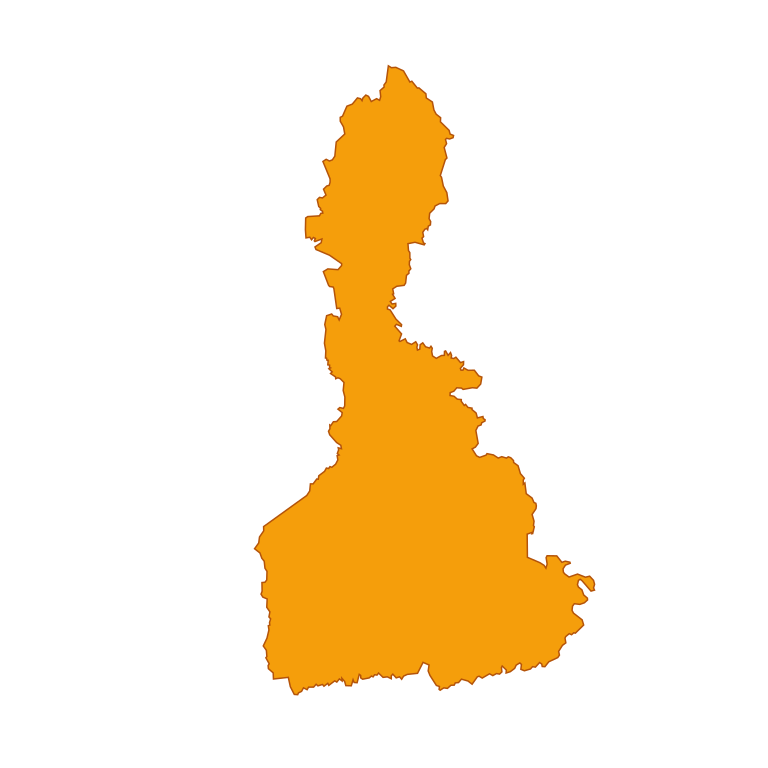 Huejuquilla el Alto, Jalisco, Mexico, rotated 169°
{"feature_id": "50627088B54034913428250", "entity_name": "Huejuquilla el Alto", "entity_type": "district", "adm_level": 2, "iso_a3": "MEX", "parent_name": "Mexico", "parent_adm1": "Jalisco", "projection": "equal_earth", "projection_center": [-103.916, 22.528], "detail": "fine", "context": "isolated", "style": "filled", "palette": "amber", "viewbox_px": 768, "rotation_deg": 169, "n_neighbors": 0, "source": "geoboundaries", "source_scale": "gbopen_adm2", "svg_char_len": 6080}
<svg xmlns="http://www.w3.org/2000/svg" viewBox="0 0 768 768"><g transform="rotate(169 384 384)"><path d="M367.4,663.8L373.6,654.8L376.1,654.1L376.8,650.3L374.7,644.1L374.8,636.9L384.7,630.7L388.8,617.0L391.9,613.9L395.0,613.3L397.9,615.6L401.5,614.1L397.8,595.7L398.4,592.4L399.9,589.5L402.4,589.3L406.2,586.8L404.9,580.5L408.9,578.4L411.7,579.5L414.4,577.7L414.2,570.7L412.7,568.5L413.3,567.3L411.4,565.3L411.5,563.4L413.4,563.6L415.3,561.4L426.9,562.9L429.2,561.9L431.7,550.5L432.7,542.3L428.8,542.2L427.6,539.4L425.3,541.3L423.6,539.9L425.1,537.8L424.6,537.0L417.3,538.2L418.7,534.7L425.6,531.7L425.1,529.0L412.9,520.8L402.6,510.2L403.0,508.4L407.3,505.0L417.2,507.7L422.1,505.9L419.6,491.6L418.8,490.1L415.4,488.9L415.0,487.2L416.0,467.1L413.0,466.9L412.4,460.5L415.8,455.4L416.7,458.9L420.8,460.5L422.0,462.7L427.3,462.0L430.8,453.7L430.6,448.6L434.7,435.4L434.8,427.7L436.5,420.7L435.5,420.4L435.4,418.1L434.3,417.9L435.5,413.5L433.8,412.9L434.3,410.6L433.5,410.0L435.2,409.5L432.6,405.8L434.5,404.5L430.2,400.2L430.4,398.4L428.0,398.9L425.9,397.5L423.0,393.1L425.3,385.4L424.9,378.6L426.8,369.9L428.5,367.8L431.9,369.3L434.0,368.1L430.5,363.9L431.7,360.7L437.6,356.2L440.9,356.6L444.2,353.3L445.0,354.1L445.6,350.4L447.5,348.2L447.0,344.5L441.7,335.6L438.1,332.1L438.1,328.6L441.1,330.1L441.1,328.0L443.1,324.7L441.7,322.9L443.7,322.6L443.8,318.3L446.8,314.5L451.1,312.2L452.8,313.2L454.5,311.6L456.6,312.5L459.0,309.6L465.5,306.4L466.7,303.1L468.1,303.6L472.6,299.5L475.3,300.0L477.3,293.2L481.1,289.3L529.4,267.0L530.1,262.8L535.4,257.6L537.3,251.9L542.5,247.0L538.0,241.8L537.2,236.3L535.4,232.9L536.0,225.9L534.6,222.4L536.5,214.0L538.7,212.1L541.7,212.4L543.2,203.8L544.8,201.2L543.6,197.9L539.7,195.3L541.7,187.2L539.5,182.1L541.4,177.3L540.1,175.1L541.9,171.7L542.1,169.1L543.7,168.8L543.9,164.5L547.4,156.8L552.5,149.9L550.3,145.0L551.0,138.8L552.2,137.8L550.1,131.3L551.5,129.7L551.8,126.6L547.9,121.6L548.8,115.5L533.9,114.3L533.7,104.7L531.3,96.4L528.0,95.5L526.9,97.1L523.6,98.0L521.0,101.1L517.8,98.6L515.9,100.8L510.9,99.9L507.9,102.2L506.5,100.3L501.7,100.8L500.6,98.8L496.3,100.9L495.7,98.7L489.0,102.0L487.2,100.4L484.1,103.0L481.8,100.5L481.5,103.2L479.4,99.5L479.0,95.2L473.7,94.0L470.8,99.6L470.3,96.7L467.4,95.9L463.7,103.7L462.5,102.4L462.9,99.9L461.3,98.3L454.6,98.3L452.1,99.7L450.6,98.6L448.7,100.4L446.4,99.6L444.5,101.3L440.9,96.2L436.6,95.9L433.1,93.3L432.5,96.2L430.7,97.5L428.1,93.2L424.6,93.6L423.0,90.8L420.5,93.5L416.5,94.5L406.3,93.6L398.8,103.3L393.4,99.6L395.4,93.9L394.5,89.2L390.1,78.1L387.3,76.5L388.2,73.7L387.3,72.7L383.3,74.3L379.8,73.1L375.8,75.5L372.5,75.0L371.1,77.0L367.8,76.7L364.3,79.5L358.2,76.4L354.8,72.5L348.2,78.8L346.4,79.0L343.7,76.6L335.7,79.4L332.8,77.0L328.9,78.3L325.9,77.2L323.2,78.9L322.8,83.3L321.8,84.6L318.5,79.9L319.3,77.0L314.9,77.5L310.0,79.9L307.9,82.8L303.9,84.3L302.6,82.5L304.1,77.8L300.9,75.7L294.6,76.3L292.1,78.2L289.4,77.2L284.4,80.9L282.6,79.0L282.6,76.5L280.0,75.8L275.2,79.9L265.6,82.3L263.5,84.4L263.6,88.2L258.7,93.4L254.9,95.2L254.8,100.0L253.8,101.4L249.8,103.6L247.7,102.1L245.2,103.6L243.7,102.9L234.0,109.3L234.5,114.7L241.7,122.9L242.6,125.9L241.3,130.0L239.1,132.0L233.8,130.3L229.0,131.0L225.4,133.2L225.2,135.0L228.2,138.8L229.0,144.2L231.9,147.6L232.4,150.1L230.6,154.1L228.7,154.9L227.1,153.1L220.3,141.2L216.7,141.5L217.2,143.9L215.5,147.2L215.8,151.3L218.8,156.1L223.1,155.9L230.3,160.5L239.2,159.2L242.8,163.1L243.8,165.0L243.5,168.4L240.4,171.6L235.4,172.5L235.5,173.6L239.9,175.5L243.4,175.0L247.2,182.3L256.7,184.3L258.0,182.6L258.2,176.1L260.2,172.3L261.5,175.5L265.1,178.9L276.3,186.5L272.1,209.3L266.2,210.2L267.3,208.8L266.6,208.8L263.7,215.2L264.3,216.5L262.9,220.7L263.5,227.7L258.6,232.6L257.7,235.3L257.7,237.9L259.4,239.1L260.4,243.8L265.3,249.2L264.6,260.0L266.4,259.0L265.6,263.2L264.2,264.7L267.2,270.0L268.0,278.2L271.7,282.2L271.5,284.2L273.6,287.4L275.9,288.8L277.9,287.9L282.3,290.2L286.0,289.5L290.1,293.5L296.2,296.0L297.4,294.7L304.1,293.7L306.9,295.9L309.9,303.5L306.3,304.6L302.9,307.7L302.7,320.9L299.7,324.8L296.5,325.3L295.5,327.3L291.9,328.4L291.6,329.7L293.1,331.1L293.1,333.2L298.8,332.9L299.1,337.9L302.5,342.1L302.2,343.5L306.1,345.0L307.8,348.4L309.3,347.6L311.5,352.4L311.1,354.0L314.9,355.1L317.6,358.6L321.4,360.1L320.7,362.9L316.8,363.6L313.3,366.4L308.7,365.2L307.4,363.6L298.0,363.5L293.6,362.2L289.1,365.5L286.6,372.1L289.5,373.9L292.7,380.3L298.9,381.4L302.5,384.5L303.9,382.5L305.8,382.9L306.1,384.8L302.3,387.7L301.6,390.8L304.8,390.4L308.3,396.6L310.6,395.7L313.1,396.7L312.2,399.2L312.7,402.2L315.6,399.9L317.2,404.7L318.4,404.5L319.3,400.6L322.2,401.0L327.8,399.2L331.0,402.3L331.0,406.8L329.8,409.9L330.7,412.1L332.4,410.6L336.1,412.6L338.1,417.0L341.0,415.7L342.2,411.4L344.7,410.9L344.7,414.0L343.6,416.0L344.8,419.4L349.4,417.6L353.4,420.3L354.5,424.3L360.3,422.7L361.0,423.5L357.2,429.8L362.4,438.7L360.4,440.2L356.0,437.3L355.4,438.9L359.9,445.4L363.9,455.6L366.3,456.9L365.9,459.1L364.1,460.4L360.8,456.2L357.5,458.2L357.1,460.9L360.8,461.0L362.1,463.8L356.8,465.9L358.5,470.5L357.3,470.7L357.3,475.7L352.8,477.5L345.4,477.0L343.5,479.0L341.2,486.4L338.4,487.9L338.0,490.2L335.7,492.0L336.4,496.2L335.6,499.6L334.0,501.1L334.6,502.5L333.6,508.0L334.5,510.3L333.7,517.2L326.5,517.2L318.0,512.9L317.0,514.0L318.3,514.9L318.9,519.9L317.0,521.1L317.0,525.5L314.4,528.1L312.4,528.5L311.7,527.1L310.4,530.5L308.1,531.3L307.2,534.5L308.2,537.7L306.6,542.9L301.5,546.3L299.9,549.0L294.9,550.5L289.0,549.3L286.2,551.5L285.8,559.8L288.0,567.0L288.1,576.0L289.0,577.8L281.0,592.5L279.1,593.8L279.8,604.7L276.7,608.0L277.0,612.3L275.7,613.2L272.8,612.0L269.2,612.6L268.3,614.7L271.4,616.7L271.7,620.6L278.6,630.6L277.6,634.6L281.3,638.9L282.7,643.4L282.7,651.6L287.9,656.7L287.5,660.9L293.2,668.0L294.8,668.1L298.9,675.9L301.0,675.5L305.1,687.6L312.0,692.6L316.4,693.1L319.0,695.5L324.2,680.1L327.0,677.5L327.2,675.5L331.9,672.8L332.4,666.7L334.2,663.3L336.8,665.5L342.6,663.7L344.3,669.3L346.7,671.1L350.1,668.8L351.5,666.3L352.5,668.5L355.5,669.9L361.7,664.8L367.4,663.8Z" fill="#f59e0b" stroke="#b45309" stroke-width="1.5"/></g></svg>